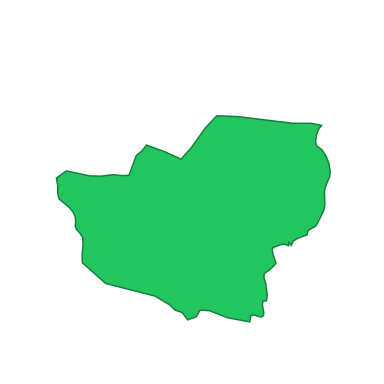 the border of Kars, rotated 30°
{"feature_id": "TUR-3040", "entity_name": "Kars", "entity_type": "Province", "adm_level": 1, "iso_a3": "TUR", "parent_name": "Turkey", "parent_adm1": "", "projection": "orthographic", "projection_center": [43.226, 40.514], "detail": "fine", "context": "isolated", "style": "filled", "palette": "green", "viewbox_px": 384, "rotation_deg": 30, "n_neighbors": 0, "source": "natural_earth", "source_scale": "10m", "svg_char_len": 1362}
<svg xmlns="http://www.w3.org/2000/svg" viewBox="0 0 384 384"><g transform="rotate(30 192 192)"><path d="M270.9,69.6L270.2,74.4L271.5,81.0L274.0,86.9L277.0,89.7L283.7,90.6L290.4,94.0L296.6,99.1L301.5,105.3L303.4,109.3L304.0,113.3L304.4,117.4L305.3,122.1L306.9,126.2L313.5,136.6L314.9,140.5L315.5,143.9L316.4,158.2L316.0,159.9L312.7,165.8L311.8,167.1L313.0,171.7L306.4,179.6L304.3,183.9L304.5,188.8L303.5,188.1L302.8,187.8L302.1,187.7L301.2,187.3L301.7,188.2L301.9,188.8L302.4,190.3L298.7,190.7L295.3,193.1L289.9,199.6L290.6,202.3L293.9,206.0L300.3,211.5L300.3,212.9L300.2,213.3L297.9,221.2L296.6,223.6L295.5,226.9L297.1,230.2L301.4,234.2L308.5,243.3L310.8,248.6L310.9,249.0L308.0,251.2L309.7,254.9L314.7,260.9L315.7,263.3L314.2,265.9L307.1,267.5L304.9,269.6L307.0,275.6L286.1,283.0L266.4,286.1L258.1,290.1L258.1,298.0L252.1,304.9L243.7,301.3L236.4,302.8L229.1,300.9L211.8,300.7L163.1,314.4L132.4,308.1L127.9,300.6L124.0,292.2L120.0,285.9L113.9,283.1L110.7,282.2L108.0,280.0L106.0,275.7L103.4,272.0L98.8,268.7L93.6,266.8L80.1,264.4L76.3,260.1L73.1,254.4L67.6,247.7L72.6,236.6L95.6,229.1L105.7,223.5L110.9,219.4L116.2,215.8L122.9,213.0L129.1,209.0L125.5,188.3L128.1,181.4L129.2,174.1L147.3,170.9L166.1,169.0L169.2,154.1L171.6,129.4L175.4,113.5L194.2,103.7L219.6,92.9L245.1,82.0L260.7,73.0L270.9,69.6Z" fill="#22c55e" stroke="#15803d" stroke-width="1.5"/></g></svg>